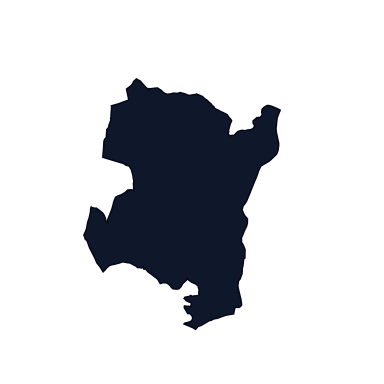 the district of Girga, Suhaj, Egypt, rotated 238°
{"feature_id": "37247803B67165443918142", "entity_name": "Girga", "entity_type": "district", "adm_level": 2, "iso_a3": "EGY", "parent_name": "Egypt", "parent_adm1": "Suhaj", "projection": "mercator", "projection_center": [31.856, 26.307], "detail": "fine", "context": "isolated", "style": "filled", "palette": "ink", "viewbox_px": 384, "rotation_deg": 238, "n_neighbors": 0, "source": "geoboundaries", "source_scale": "gbopen_adm2", "svg_char_len": 4324}
<svg xmlns="http://www.w3.org/2000/svg" viewBox="0 0 384 384"><g transform="rotate(238 192 192)"><path d="M307.8,169.2L306.9,169.0L304.6,167.4L302.0,165.4L300.3,164.2L299.0,163.5L297.6,162.0L296.4,161.6L295.5,160.6L293.9,158.7L293.3,157.8L293.3,157.7L293.2,157.6L290.7,155.2L290.1,152.8L287.2,150.8L285.3,149.3L283.8,148.4L283.4,147.4L283.3,146.5L282.1,144.6L280.0,143.0L276.1,140.3L270.8,136.3L268.7,134.8L252.6,148.9L249.6,150.3L247.3,152.5L245.8,152.5L242.9,152.4L237.7,150.8L234.1,149.2L231.9,148.5L230.4,146.9L227.5,145.4L223.9,143.1L225.4,142.4L226.1,141.6L226.9,140.1L227.7,138.7L227.0,134.9L227.1,132.0L227.1,130.5L227.9,126.8L228.0,124.5L226.6,122.3L225.3,120.8L224.8,120.1L222.8,118.1L219.7,114.7L217.4,111.6L215.7,109.3L215.0,108.3L212.9,105.3L210.8,104.4L211.7,104.0L212.8,103.3L215.9,104.7L218.0,105.0L219.5,105.2L221.0,105.1L221.8,105.0L224.8,104.0L226.2,103.5L229.2,102.2L229.3,101.4L231.1,99.6L232.3,98.5L232.6,98.5L231.8,97.5L228.5,95.0L224.7,91.3L221.6,87.5L217.6,83.9L216.1,82.4L213.0,77.8L212.8,77.6L212.7,77.4L211.0,77.2L208.6,76.5L206.3,77.2L202.6,76.4L198.9,75.6L187.1,74.6L182.7,73.8L176.7,74.4L172.3,74.3L171.4,74.3L172.1,77.2L172.8,79.4L173.4,83.1L172.6,86.1L171.9,87.6L170.3,92.8L169.4,96.5L167.2,98.7L164.9,101.6L162.6,103.1L161.1,103.8L158.9,105.2L156.6,105.9L155.9,107.4L155.1,108.1L154.4,108.9L154.3,110.1L153.6,110.3L152.1,110.3L151.3,111.8L147.6,112.4L143.9,113.9L140.2,115.3L136.4,116.7L134.2,116.7L132.0,116.6L131.2,116.6L130.4,119.6L129.7,120.3L128.9,121.8L126.7,123.2L123.7,123.9L122.2,123.9L120.0,124.6L117.7,127.5L116.9,129.7L117.6,132.7L119.0,135.0L119.7,138.0L120.3,141.0L121.1,142.3L119.6,142.4L117.3,143.2L115.8,143.9L113.6,145.3L112.8,146.0L109.1,147.5L107.6,146.7L106.9,146.7L104.7,145.9L103.2,144.4L102.0,143.9L101.1,144.0L101.1,142.8L101.1,141.3L101.8,140.6L101.9,139.9L102.6,139.1L103.4,136.9L104.9,136.2L105.0,134.0L106.5,130.3L105.8,128.8L104.3,129.5L102.8,129.4L102.1,130.2L100.6,130.9L99.8,131.6L99.1,132.4L97.6,132.3L96.2,130.8L95.4,130.0L96.9,128.6L97.7,127.1L98.5,126.4L99.2,125.6L99.2,124.9L97.8,124.1L96.3,124.1L91.9,124.0L91.1,124.0L90.4,125.5L88.9,126.2L87.4,126.2L86.6,126.9L85.9,126.1L85.2,126.1L84.4,125.4L83.0,123.8L83.0,121.6L83.8,118.6L84.6,116.4L84.3,115.3L82.5,116.6L76.4,120.9L73.7,122.2L74.8,125.9L74.0,128.9L73.8,135.6L73.8,138.6L73.0,140.0L73.0,140.8L72.9,143.0L71.5,146.6L69.6,155.4L66.6,162.7L71.3,167.1L70.9,167.6L70.9,168.3L69.3,170.5L69.3,172.8L70.0,174.3L71.5,175.0L75.1,176.6L82.5,179.0L86.9,180.6L88.4,181.3L92.0,184.4L92.7,186.6L96.3,191.2L100.9,194.4L102.1,195.8L107.9,200.4L107.9,201.8L115.2,206.5L119.6,207.3L123.3,207.4L127.0,209.7L128.4,211.9L131.3,215.7L134.1,220.2L136.3,222.5L139.9,224.8L143.0,224.3L143.6,224.2L145.9,224.2L150.3,225.0L152.5,227.3L153.2,228.1L153.9,230.3L155.3,233.3L159.6,239.4L164.6,246.2L171.1,255.3L175.4,260.6L175.9,261.5L177.5,264.3L177.5,266.6L177.4,268.8L177.3,274.0L178.0,277.7L179.3,283.7L181.5,286.8L185.1,289.8L187.3,291.3L193.9,293.7L198.3,295.3L201.2,296.8L204.1,299.1L206.3,300.7L209.9,303.7L212.8,307.5L214.7,310.2L217.3,308.6L219.5,307.1L222.5,305.0L224.8,302.8L225.6,301.3L225.6,297.6L225.4,296.9L225.0,295.3L224.2,294.6L222.1,293.0L220.6,293.0L219.2,290.0L219.2,289.3L220.7,286.3L220.1,283.3L220.1,281.8L219.4,281.1L217.9,280.3L216.4,280.3L215.0,280.2L213.5,278.0L213.6,276.5L213.6,275.0L215.1,272.0L216.0,269.1L217.5,267.6L218.2,266.1L218.3,265.4L219.0,263.2L218.4,260.2L217.7,257.9L218.5,256.4L219.6,254.1L220.8,253.5L222.2,253.5L223.7,255.1L225.1,255.8L226.6,257.4L228.0,258.9L229.5,260.4L230.9,262.7L231.6,263.4L232.4,263.4L233.1,263.4L235.6,262.9L236.1,262.8L239.0,262.8L241.3,261.4L245.8,258.5L247.3,257.8L249.5,256.3L251.0,255.6L253.3,255.7L254.0,254.9L256.2,255.0L260.7,253.6L261.4,253.6L263.8,252.5L264.4,252.2L267.4,251.5L272.7,247.8L272.7,247.1L274.3,243.4L275.1,241.2L277.3,239.0L278.8,238.3L282.6,234.6L283.4,231.7L285.7,228.7L286.3,226.5L286.5,225.8L288.1,222.8L288.8,222.1L291.1,220.6L293.3,219.9L294.1,220.0L295.6,219.2L296.9,218.6L298.6,217.8L299.3,216.3L299.9,215.2L301.7,211.2L302.4,210.4L301.7,209.7L303.2,209.0L305.4,208.3L309.2,207.6L313.6,206.9L315.9,205.5L317.4,204.8L316.7,201.8L316.7,201.0L316.0,200.3L314.6,197.3L314.3,194.9L314.0,191.0L304.2,187.4L303.5,186.8L303.9,185.1L304.5,182.5L305.7,176.5L307.8,169.2Z" fill="#0f172a" stroke="#020617" stroke-width="1.5"/></g></svg>